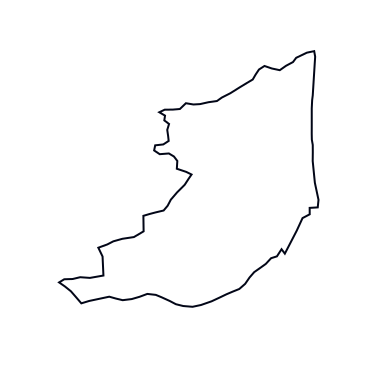 São Leopoldo, Rio Grande do Sul, Brazil, rotated 258°
{"feature_id": "56859067B92701465953780", "entity_name": "São Leopoldo", "entity_type": "district", "adm_level": 2, "iso_a3": "BRA", "parent_name": "Brazil", "parent_adm1": "Rio Grande do Sul", "projection": "equal_earth", "projection_center": [-51.141, -29.742], "detail": "fine", "context": "isolated", "style": "outline", "palette": "ink", "viewbox_px": 384, "rotation_deg": 258, "n_neighbors": 0, "source": "geoboundaries", "source_scale": "gbopen_adm2", "svg_char_len": 1490}
<svg xmlns="http://www.w3.org/2000/svg" viewBox="0 0 384 384"><g transform="rotate(258 192 192)"><path d="M106.1,60.6L106.8,68.7L106.8,89.3L103.6,95.4L100.6,101.7L99.8,110.8L100.4,118.9L101.6,127.1L98.9,135.2L95.4,140.3L90.0,147.6L85.6,152.9L82.3,159.7L79.6,168.7L79.6,177.3L81.0,188.4L83.1,197.5L84.8,204.5L86.1,211.2L87.3,218.1L91.1,224.9L96.4,230.5L100.7,236.2L103.6,243.0L106.3,249.2L110.8,255.6L111.4,261.7L117.4,267.7L112.4,270.0L132.4,286.4L143.5,294.7L145.7,302.5L152.0,303.8L150.8,311.8L158.0,314.1L175.5,314.1L197.2,316.5L205.6,318.4L212.9,319.9L218.2,320.1L224.0,321.2L232.8,323.1L248.8,326.5L256.8,328.6L261.4,330.2L293.4,339.1L298.7,340.6L304.4,340.8L304.4,333.3L301.6,321.8L298.1,317.8L295.9,310.2L292.9,303.2L296.2,295.8L300.2,289.1L297.9,283.0L293.7,278.7L289.4,274.8L287.2,268.3L284.4,260.3L280.6,249.9L278.2,240.9L275.8,235.3L276.4,226.8L276.3,218.2L277.3,211.6L280.1,204.5L275.7,197.4L276.6,190.3L278.2,182.4L276.8,176.6L272.3,181.5L267.8,179.8L263.3,183.7L257.9,180.7L251.8,180.3L246.8,179.8L244.5,173.8L245.3,165.7L240.5,163.6L235.7,168.3L234.5,177.4L230.5,181.7L225.4,184.1L217.9,182.0L212.9,190.5L209.2,195.2L205.6,191.4L200.6,186.4L194.7,177.3L188.9,169.7L183.6,165.3L179.8,160.4L179.6,152.0L179.3,145.9L178.8,139.5L163.6,136.5L160.0,125.8L160.7,114.2L160.1,104.8L158.3,98.2L157.0,88.8L147.5,91.1L128.7,88.0L129.2,74.3L131.9,64.9L131.7,57.2L133.2,48.9L131.2,43.2L126.1,48.0L120.1,52.9L112.9,56.9L106.1,60.6Z" fill="none" stroke="#020617" stroke-width="2"/></g></svg>